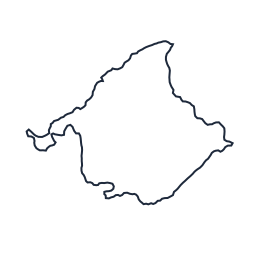 Vila Pavão, Espírito Santo, Brazil, rotated 350°
{"feature_id": "56859067B60026023213016", "entity_name": "Vila Pavão", "entity_type": "district", "adm_level": 2, "iso_a3": "BRA", "parent_name": "Brazil", "parent_adm1": "Espírito Santo", "projection": "albers", "projection_center": [-40.648, -18.607], "detail": "fine", "context": "isolated", "style": "outline", "palette": "slate", "viewbox_px": 256, "rotation_deg": 350, "n_neighbors": 0, "source": "geoboundaries", "source_scale": "gbopen_adm2", "svg_char_len": 3235}
<svg xmlns="http://www.w3.org/2000/svg" viewBox="0 0 256 256"><g transform="rotate(350 128 128)"><path d="M94.0,193.2L97.0,194.0L99.2,193.4L101.9,193.2L104.3,192.0L106.6,192.2L108.3,193.5L110.5,193.0L112.8,191.3L116.0,191.6L118.4,193.1L120.9,194.0L122.8,194.0L124.4,195.0L125.7,197.1L126.2,200.2L127.4,202.4L128.8,204.0L130.1,205.7L132.7,205.7L134.8,206.7L137.7,206.1L139.6,207.2L142.0,206.7L144.6,204.9L147.1,205.1L149.2,203.6L151.8,203.4L154.9,203.8L158.0,202.8L160.6,201.9L162.2,198.9L164.6,197.6L166.4,196.4L168.0,195.0L170.0,193.3L172.7,191.4L175.0,190.0L178.0,188.0L181.2,186.1L183.9,184.3L185.4,183.0L187.0,181.9L189.1,180.8L192.1,179.5L194.8,177.6L197.4,174.9L199.3,173.3L201.5,172.2L203.2,170.5L204.7,169.0L206.2,167.1L208.5,165.9L210.4,165.6L213.0,165.7L214.9,167.4L216.9,166.8L218.7,165.6L220.5,163.7L223.2,162.7L226.7,163.2L228.4,161.1L225.5,159.0L222.9,158.1L220.9,156.3L221.0,153.6L221.7,151.4L222.5,148.1L222.8,145.0L221.7,142.9L220.1,140.7L218.5,138.2L215.6,137.8L213.3,138.2L211.5,138.9L209.3,138.6L207.0,138.7L205.0,136.7L203.7,134.3L202.6,132.1L200.5,131.0L198.0,130.4L196.3,128.0L196.2,126.1L196.3,123.6L196.6,121.0L196.6,118.1L194.8,116.5L193.3,114.2L191.4,113.0L189.3,111.9L186.6,111.3L185.5,109.4L184.7,106.6L180.7,105.2L178.3,101.3L179.4,98.4L178.0,95.0L177.5,93.0L177.0,90.1L177.3,87.4L177.5,85.3L178.2,82.5L179.2,78.7L179.1,76.0L178.3,73.9L177.7,71.7L177.4,69.5L177.2,67.4L177.7,64.6L179.1,61.7L181.5,59.7L183.0,58.3L184.1,56.4L185.7,55.0L186.8,53.3L184.4,52.6L182.6,50.6L180.3,49.1L177.7,48.8L175.1,49.2L172.7,49.2L170.9,49.7L168.7,49.8L166.1,50.5L163.1,50.9L160.0,51.5L157.7,52.2L155.9,53.0L153.6,53.6L151.3,54.4L149.8,55.9L147.8,55.9L145.0,55.8L143.5,57.1L142.1,59.8L140.2,61.4L138.1,62.2L136.0,63.1L134.7,64.9L132.9,67.1L130.5,67.9L128.0,68.4L125.3,67.7L123.1,66.7L121.6,68.2L117.8,69.0L114.7,71.3L112.0,72.6L110.4,73.7L111.1,75.5L111.4,77.4L109.5,77.0L107.5,77.4L105.5,78.1L104.2,79.5L102.8,81.1L101.7,83.8L99.7,86.2L98.8,89.5L96.9,91.6L94.8,93.0L92.5,93.9L90.8,95.4L90.1,98.2L88.6,99.3L86.7,100.2L84.3,101.1L83.0,99.7L80.8,99.1L78.0,100.7L76.1,102.8L73.3,103.4L70.9,103.7L68.4,104.5L66.4,105.9L63.8,106.2L60.7,107.8L56.4,108.3L54.5,110.0L52.7,110.7L52.2,113.0L51.0,114.5L49.7,116.4L49.5,119.4L47.1,120.5L44.9,121.2L42.0,121.9L38.3,121.2L35.7,119.5L34.2,117.9L32.3,115.2L30.0,112.3L27.6,113.8L27.7,116.0L28.3,118.8L31.4,119.6L33.6,121.5L33.7,124.5L33.1,126.3L33.1,129.0L34.3,132.0L35.7,133.4L37.3,134.7L40.5,135.2L43.2,136.0L44.8,134.0L46.7,132.8L48.4,132.0L50.2,132.0L52.4,131.6L54.2,129.6L53.0,127.9L52.4,125.8L51.7,123.5L51.5,121.0L53.3,120.4L54.9,121.5L57.9,122.6L61.2,123.7L63.8,123.6L64.6,120.2L66.5,117.8L68.7,115.3L71.8,114.9L73.6,117.3L74.0,119.3L74.5,121.5L75.9,124.3L78.7,124.8L79.6,127.3L79.6,129.8L79.4,132.4L79.2,134.6L79.1,136.9L79.3,138.9L79.0,141.6L78.2,144.7L77.4,147.4L77.2,149.8L76.7,152.5L76.5,155.0L76.2,157.2L75.2,159.2L74.8,162.0L75.0,164.6L76.2,166.6L76.9,168.9L77.2,171.1L77.5,173.0L78.7,174.6L81.5,174.9L83.3,176.1L84.3,178.0L86.8,178.8L88.6,178.9L90.1,177.5L92.5,177.5L95.0,178.1L98.2,178.2L100.7,179.1L103.0,180.2L103.9,183.0L103.0,185.3L100.8,186.7L98.3,186.9L95.7,186.6L93.6,186.8L93.2,189.0L94.3,190.5L94.0,193.2Z" fill="none" stroke="#1e293b" stroke-width="2"/></g></svg>